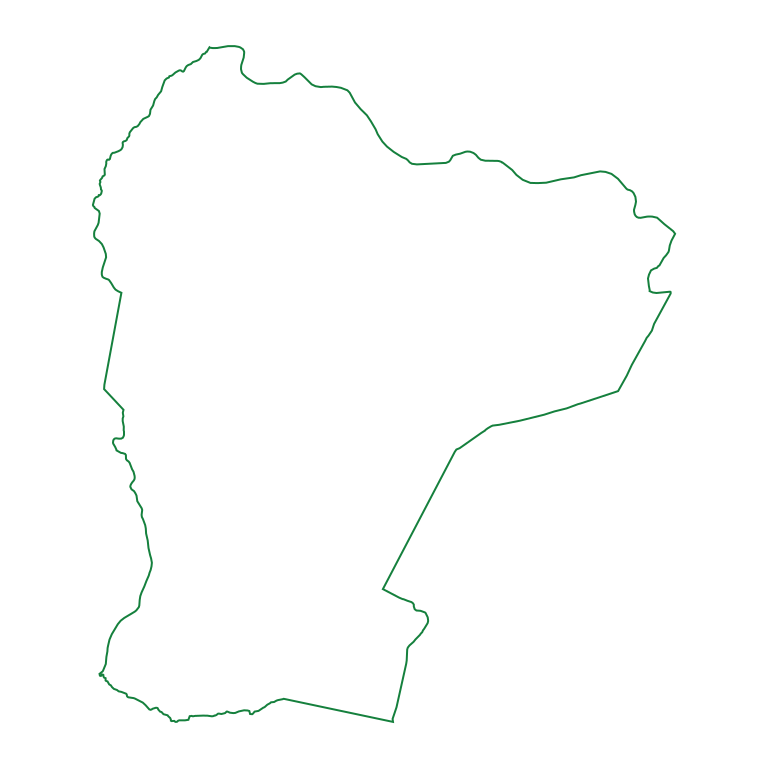 Tambara, Manica, Mozambique
{"feature_id": "85939544B86118750013731", "entity_name": "Tambara", "entity_type": "district", "adm_level": 2, "iso_a3": "MOZ", "parent_name": "Mozambique", "parent_adm1": "Manica", "projection": "orthographic", "projection_center": [34.041, -16.98], "detail": "fine", "context": "isolated", "style": "outline", "palette": "green", "viewbox_px": 768, "rotation_deg": 0, "n_neighbors": 0, "source": "geoboundaries", "source_scale": "gbopen_adm2", "svg_char_len": 6016}
<svg xmlns="http://www.w3.org/2000/svg" viewBox="0 0 768 768"><path d="M675.1,233.8L673.2,231.2L664.4,224.2L657.1,217.7L652.2,216.6L649.7,216.5L647.2,216.6L640.7,217.8L638.5,217.7L636.8,217.0L635.5,215.7L634.7,214.3L634.1,211.7L634.0,209.8L635.4,204.8L636.0,201.6L635.4,196.9L633.6,193.1L632.1,191.4L630.0,190.2L627.6,189.6L626.4,188.7L618.0,178.8L611.5,173.9L605.5,171.9L600.1,171.4L581.0,175.2L574.0,177.4L560.9,179.3L546.2,182.7L537.5,183.1L530.4,182.9L522.7,179.8L516.4,174.9L512.2,170.0L504.2,163.8L502.3,162.4L501.8,162.4L501.4,161.9L499.1,161.1L497.5,160.9L485.2,160.7L480.8,159.7L478.4,157.8L475.9,154.8L473.5,153.0L470.1,151.7L467.4,151.5L465.4,151.8L460.1,153.7L455.8,154.6L452.8,155.8L450.2,160.3L448.9,161.7L445.9,162.9L416.9,164.4L412.0,163.8L409.7,162.4L407.9,160.3L406.3,158.9L401.8,157.0L393.7,151.9L387.0,146.6L382.4,141.6L377.7,134.2L375.6,129.3L370.9,121.3L366.9,115.3L360.7,109.2L355.0,102.5L349.7,92.7L347.4,90.3L340.9,87.8L336.5,87.0L332.1,86.6L323.8,86.8L320.9,87.1L315.5,86.2L311.7,84.4L304.5,77.2L301.3,74.3L299.9,73.4L297.1,73.7L294.7,74.6L287.7,79.6L285.8,81.5L282.8,82.6L279.9,83.1L270.4,83.2L263.6,83.9L257.4,83.7L255.4,83.0L252.9,81.7L246.7,77.7L242.9,74.1L241.9,72.8L241.0,69.1L241.1,66.7L241.3,65.0L243.7,57.5L244.2,52.7L244.1,51.5L243.0,49.3L240.4,47.5L238.9,46.9L234.6,46.1L228.2,46.1L217.1,48.0L213.0,48.1L210.0,47.7L209.5,47.3L206.7,51.9L206.2,51.9L205.0,53.5L203.2,54.0L202.3,54.7L200.5,58.1L199.5,59.2L198.7,59.9L196.4,61.0L193.0,62.0L190.8,64.1L188.3,65.0L186.7,66.1L185.8,67.3L183.9,71.1L183.2,71.6L182.4,71.5L180.8,70.4L179.7,70.3L178.8,70.6L175.4,72.5L172.5,75.1L171.5,75.7L169.4,76.2L168.9,77.5L166.6,78.5L164.7,80.4L162.3,87.0L161.1,91.3L158.1,94.9L156.7,97.4L155.1,99.1L154.3,101.1L153.1,105.5L150.5,109.7L150.0,113.8L149.0,116.0L147.8,116.8L143.3,118.9L140.3,122.2L139.4,124.0L137.7,126.1L136.4,126.8L134.4,127.2L133.1,128.1L129.8,132.3L129.3,133.9L129.4,135.2L129.1,136.3L127.3,138.2L126.8,139.9L125.6,140.9L123.8,141.4L122.9,142.1L122.6,142.9L122.9,144.9L122.6,147.1L121.6,149.0L120.6,150.0L118.4,151.2L114.5,152.7L112.7,152.9L111.8,153.7L111.2,154.6L110.7,155.7L109.9,159.0L108.9,159.8L108.0,159.5L107.2,159.8L106.6,160.7L106.2,162.0L106.3,163.5L105.8,166.2L104.5,169.0L104.8,174.6L104.4,175.4L102.6,176.4L102.2,177.7L100.1,180.2L99.9,180.7L100.4,182.0L99.7,183.8L99.8,184.6L100.8,187.4L101.0,189.5L101.7,190.4L101.8,191.0L101.2,193.6L100.6,194.5L99.9,195.1L98.8,195.1L98.6,196.1L97.8,196.7L96.1,197.2L94.6,198.7L92.9,205.0L93.5,206.3L94.4,207.0L94.7,208.0L98.9,211.0L99.7,213.6L98.6,222.7L97.8,225.0L94.4,231.3L94.1,233.5L94.2,236.3L94.6,237.5L95.7,238.8L99.0,241.0L101.9,244.1L103.6,247.5L105.8,253.9L106.1,257.3L102.8,267.4L101.8,272.0L101.8,274.5L102.1,275.7L102.5,276.8L103.6,277.7L105.9,278.7L108.0,279.4L109.0,280.0L111.2,283.1L113.8,287.5L115.5,289.6L118.0,291.2L121.4,292.8L104.4,384.7L104.1,389.1L123.5,409.8L122.8,412.8L123.4,416.3L122.7,418.5L122.7,421.1L123.8,426.6L123.7,430.3L124.0,431.5L124.0,434.8L123.8,435.8L122.9,437.7L121.3,438.6L119.1,438.7L116.1,438.3L114.7,438.6L114.0,439.2L113.3,440.3L113.0,442.5L113.2,443.6L115.2,447.0L116.5,449.9L116.5,450.4L121.0,452.9L122.6,453.1L125.1,453.9L125.9,455.1L126.0,458.9L126.9,460.3L128.6,461.5L129.6,462.8L132.1,469.3L133.5,471.7L134.6,476.0L134.7,477.9L134.4,479.4L133.7,480.6L132.2,482.4L131.2,483.9L130.5,485.4L130.3,486.8L131.5,489.3L134.1,491.2L135.5,493.5L136.5,495.6L137.3,501.2L141.7,508.3L142.2,510.0L141.6,514.9L141.9,517.0L143.0,519.2L145.2,525.2L145.8,528.5L146.1,533.5L147.7,540.5L148.5,548.0L150.1,555.1L151.1,558.5L151.9,562.8L151.5,566.4L150.6,570.1L149.6,572.6L148.8,575.5L146.4,581.0L144.3,586.5L141.6,592.4L140.3,596.1L139.7,600.0L139.3,605.5L138.8,607.2L136.3,610.4L134.7,611.7L124.3,617.9L120.7,620.7L117.8,624.2L111.8,634.2L109.5,639.6L108.1,645.6L107.6,648.0L107.4,651.4L106.4,656.9L105.8,664.0L103.0,670.8L102.6,671.4L99.5,673.9L99.7,674.5L99.8,675.3L100.2,675.9L101.0,675.9L101.9,674.6L102.7,674.5L103.4,675.0L103.4,676.4L104.1,677.6L105.6,678.2L105.6,680.5L106.2,681.0L107.5,681.4L109.2,684.4L110.9,685.4L112.0,687.1L113.9,688.9L117.0,690.0L118.6,691.3L121.4,691.9L126.1,693.7L126.7,694.4L127.0,696.1L127.5,696.8L128.3,697.3L133.6,698.1L134.8,698.5L142.8,702.6L145.6,705.2L149.3,709.4L150.5,709.8L151.6,709.5L152.5,708.8L155.7,707.8L156.8,707.8L157.6,708.1L158.4,709.7L160.2,711.7L161.5,712.0L163.5,714.2L167.6,715.3L168.3,716.3L170.2,718.0L170.9,719.8L170.9,720.7L171.6,721.1L174.2,720.9L175.4,721.9L176.3,721.9L177.3,721.6L178.0,720.8L179.3,720.3L185.2,720.3L188.4,719.8L189.7,716.2L191.7,715.9L192.9,716.3L195.1,715.9L203.2,715.6L207.5,715.7L211.8,716.3L212.9,716.2L214.0,715.9L214.4,715.5L215.3,715.5L216.4,715.0L218.0,713.7L218.9,713.6L221.4,714.0L224.3,713.3L225.2,713.0L226.6,711.6L227.4,711.6L230.0,712.7L233.4,713.1L235.3,712.9L238.9,711.4L244.1,710.3L247.6,710.5L249.3,711.0L250.1,714.0L252.2,714.2L253.0,713.6L254.6,711.6L258.5,710.9L263.4,707.6L264.5,707.2L267.3,704.7L269.9,703.3L271.0,702.3L274.1,702.0L276.5,700.6L278.0,700.1L282.6,699.2L283.7,698.8L393.0,721.9L392.6,718.9L396.5,707.3L406.2,663.8L406.7,660.5L407.2,649.5L407.8,647.6L409.5,645.4L413.6,641.8L415.4,639.5L420.1,634.7L420.7,633.7L422.2,632.2L423.0,630.3L424.1,628.9L427.6,623.2L428.1,621.3L428.1,620.2L427.7,617.3L425.6,613.0L424.9,612.4L420.5,610.8L416.4,610.5L414.7,609.2L413.8,606.4L413.8,604.6L413.0,603.3L411.5,602.1L407.5,600.8L403.5,599.2L402.6,599.1L399.1,597.6L382.9,589.1L454.8,451.8L456.4,449.5L459.6,448.2L481.2,433.0L485.1,430.5L485.4,430.0L487.7,428.3L490.9,426.4L492.6,425.6L499.2,424.8L519.9,420.7L544.2,414.7L554.5,411.4L566.6,408.4L577.9,404.2L580.5,403.5L618.1,391.1L626.8,375.6L631.8,364.9L645.1,341.0L646.7,337.8L648.4,335.8L651.9,330.6L654.1,323.9L670.5,293.8L670.7,293.2L670.6,292.0L670.1,291.7L656.5,293.0L652.8,292.5L649.6,291.1L649.7,290.0L648.9,286.1L648.0,278.5L649.0,274.6L651.0,270.4L654.2,268.6L656.8,267.9L658.5,265.9L659.4,265.5L663.7,257.9L666.1,255.3L668.4,252.1L668.9,250.7L669.8,245.4L671.5,240.6L675.1,233.8Z" fill="none" stroke="#15803d" stroke-width="2"/></svg>